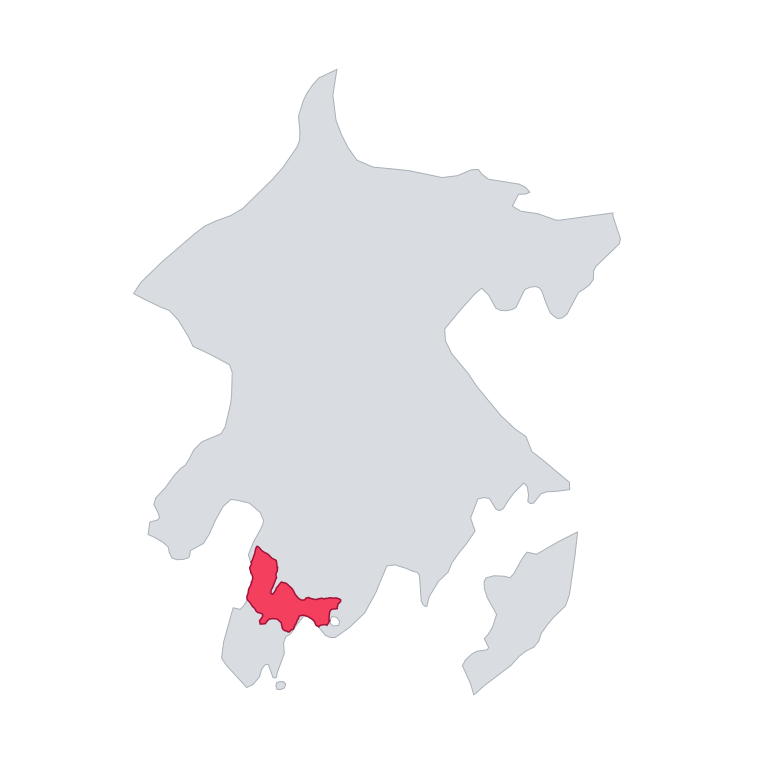 Tovuz District, Tovuz, Azerbaijan shown in context, rotated 265°
{"feature_id": "54616110B84187356839814", "entity_name": "Tovuz District", "entity_type": "district", "adm_level": 2, "iso_a3": "AZE", "parent_name": "Azerbaijan", "parent_adm1": "Tovuz", "projection": "natural_earth1", "projection_center": [45.767, 40.907], "detail": "fine", "context": "in_parent", "style": "filled", "palette": "rose", "viewbox_px": 768, "rotation_deg": 265, "n_neighbors": 0, "source": "geoboundaries", "source_scale": "gbopen_adm2", "svg_char_len": 5821}
<svg xmlns="http://www.w3.org/2000/svg" viewBox="0 0 768 768"><g transform="rotate(265 384 384)"><path d="M534.5,627.0L531.3,626.7L507.9,632.2L503.0,630.5L482.8,605.5L478.6,602.7L469.9,601.6L464.9,597.5L460.7,590.8L458.3,585.8L437.5,572.3L434.4,567.4L433.9,563.0L436.9,559.1L440.4,555.8L450.5,552.4L462.3,549.5L466.0,547.4L467.9,543.8L467.7,538.1L465.8,532.4L448.7,522.1L446.9,517.6L446.3,512.2L447.2,506.5L449.8,502.0L463.5,496.0L470.9,489.7L466.2,482.7L451.2,466.7L433.4,449.2L421.6,449.0L408.1,454.2L386.5,469.2L374.5,475.6L358.9,486.2L341.9,498.0L327.9,510.5L319.2,520.9L303.7,525.4L295.9,534.1L269.9,560.1L262.6,559.8L262.1,546.9L262.4,536.6L260.8,530.7L252.3,522.6L252.2,519.2L254.5,517.0L260.9,518.3L269.2,517.8L273.2,514.7L264.3,504.0L256.3,496.9L249.6,492.1L248.1,489.2L248.1,487.2L249.5,484.7L261.0,478.9L262.1,473.5L261.3,467.5L243.1,458.6L229.5,461.9L217.3,451.9L209.5,444.2L199.7,436.0L191.0,431.5L182.6,421.1L168.1,410.4L158.8,407.4L158.9,405.8L160.6,403.8L164.5,402.2L190.4,402.6L193.5,400.7L195.1,396.1L198.7,389.3L202.8,379.3L202.5,371.0L176.5,357.4L157.7,344.9L144.6,328.5L135.8,313.5L136.1,308.5L138.7,303.7L158.8,289.9L160.2,286.3L159.7,283.9L152.6,276.8L143.5,269.5L140.7,264.2L135.0,261.4L124.3,261.2L105.4,252.3L101.3,251.4L100.5,249.6L101.4,247.8L114.9,244.2L114.7,241.2L110.6,237.3L103.0,234.4L96.0,227.3L93.6,220.8L118.0,202.1L125.2,198.3L141.1,201.8L174.2,214.2L172.0,221.1L175.3,225.0L182.9,230.3L197.5,235.6L209.9,238.4L216.1,236.0L225.6,234.0L238.0,240.2L249.4,248.0L255.1,251.2L258.1,252.2L266.7,249.6L277.1,239.5L281.1,227.3L282.3,221.4L276.2,213.3L263.7,204.6L249.7,196.9L240.8,190.1L235.0,176.7L229.2,175.2L227.8,173.5L226.8,168.9L227.0,162.5L229.0,157.6L234.6,155.5L240.4,154.8L245.5,150.1L251.9,140.9L254.6,135.8L266.8,138.7L268.4,146.9L270.6,148.7L275.6,147.7L284.0,144.2L290.6,146.9L299.3,156.7L311.2,167.0L317.6,174.0L320.2,178.8L326.3,183.4L335.1,188.9L342.3,197.5L348.7,217.4L355.1,222.0L378.0,229.6L386.1,231.2L408.6,233.8L416.5,231.9L427.9,214.7L438.2,197.0L447.9,193.4L465.4,184.8L475.8,176.7L480.2,168.0L489.9,151.6L495.9,142.4L506.4,150.6L524.5,172.8L550.6,209.1L557.0,219.3L561.2,231.2L565.0,245.6L571.0,258.4L597.4,290.5L608.8,302.4L627.4,317.8L634.0,321.2L642.6,322.2L658.3,322.2L673.0,328.2L680.2,332.4L687.7,338.6L694.5,345.6L701.5,364.5L676.1,358.2L650.7,359.2L636.4,363.3L622.5,368.8L609.3,376.6L601.1,391.8L594.5,427.0L584.6,459.9L585.1,475.2L589.8,489.8L589.4,496.7L584.7,499.7L578.9,505.9L571.3,536.2L567.5,542.2L562.4,546.0L561.0,542.4L561.2,534.5L550.0,527.4L544.2,535.3L540.3,552.0L532.3,569.5L531.9,572.8L534.5,627.0ZM155.7,316.6L156.9,311.9L153.7,309.8L150.3,309.7L147.4,312.1L147.4,317.9L151.4,319.0L155.7,316.6ZM72.0,453.9L68.2,449.1L66.5,446.4L77.8,444.1L96.5,437.6L101.6,440.8L107.0,447.4L109.7,453.0L110.2,463.6L112.4,465.3L121.5,461.7L125.6,466.0L132.6,471.1L144.7,476.1L162.3,468.2L171.0,466.2L178.2,466.4L182.0,468.8L183.4,477.0L182.0,487.1L180.0,492.6L183.6,496.7L198.0,506.4L204.0,511.8L201.1,521.2L211.8,544.0L215.4,553.0L219.7,563.9L197.7,559.6L158.1,550.4L147.3,545.6L137.0,532.9L130.9,526.7L121.8,518.8L114.4,515.8L108.8,510.3L105.6,502.2L100.9,494.8L92.8,486.2L74.4,457.0L72.0,453.9ZM96.0,258.3L93.6,259.9L89.9,258.3L88.7,254.7L89.0,250.9L92.7,250.0L95.8,251.1L96.6,254.5L96.0,258.3Z" fill="#d9dde1" stroke="#a8b0b8" stroke-width="1"/><path d="M218.4,236.2L217.2,236.4L216.0,236.3L214.6,235.3L212.7,234.2L211.3,234.3L209.2,234.8L207.5,234.9L205.4,235.9L203.1,236.4L201.6,236.2L199.4,235.5L198.0,234.4L197.4,234.8L195.4,233.7L194.4,233.2L192.9,232.2L191.6,231.4L189.7,230.8L188.2,230.6L186.6,230.0L184.8,229.1L183.1,228.8L182.8,228.8L181.7,228.8L180.9,229.1L179.6,230.2L178.2,231.2L175.8,232.6L173.8,233.6L171.8,235.5L168.9,236.8L167.5,238.2L167.0,239.4L166.3,241.3L165.2,243.0L163.4,242.9L161.9,241.9L158.9,239.3L155.6,239.8L155.5,242.7L155.6,244.9L158.1,247.0L159.8,249.3L159.9,251.5L159.9,252.7L159.8,254.0L159.3,256.5L158.6,257.6L156.2,259.8L155.1,260.8L152.9,261.0L150.6,261.3L149.1,261.6L148.0,262.3L146.9,263.7L146.3,265.6L145.3,266.9L145.3,267.9L145.3,268.1L146.8,269.8L147.4,270.5L147.4,271.9L148.5,272.9L150.5,273.6L152.1,274.7L154.0,276.0L156.7,277.2L157.4,278.3L159.2,278.9L160.4,279.5L160.5,280.9L160.7,284.2L159.5,286.1L159.3,287.5L158.6,288.3L158.0,289.1L157.0,290.4L156.3,291.5L155.4,292.4L154.3,293.4L153.4,294.1L151.9,294.5L150.0,295.1L149.0,296.0L148.1,297.6L147.8,297.9L148.0,298.0L148.9,299.2L149.4,300.8L149.4,302.7L149.4,304.2L149.2,305.7L148.6,306.1L150.4,307.6L153.1,309.3L153.2,308.6L154.9,308.8L156.6,309.0L157.6,309.1L159.2,309.5L160.6,309.7L162.1,310.2L162.9,310.9L164.0,312.0L164.3,313.3L164.2,315.7L164.3,317.8L166.1,318.1L167.8,318.8L168.9,319.0L169.6,320.0L170.1,320.8L170.9,321.6L171.8,322.0L173.0,321.9L173.9,320.5L174.3,319.4L174.9,318.6L175.0,317.0L175.1,315.8L175.2,313.7L175.7,312.5L175.7,311.1L175.6,309.9L175.3,308.9L175.6,307.7L175.1,305.9L175.6,304.6L176.0,303.0L175.9,301.5L175.7,300.4L175.3,297.6L175.5,295.5L176.1,294.4L176.6,293.0L176.8,291.7L178.0,290.5L177.7,289.9L177.7,287.8L175.8,286.1L175.8,285.2L175.9,283.1L177.2,281.0L178.7,279.6L182.0,277.3L186.8,275.4L188.9,274.0L190.8,272.2L192.5,270.7L194.0,269.2L194.6,267.5L195.0,266.2L195.4,265.1L195.6,265.0L195.4,264.0L193.7,262.5L192.1,261.0L190.4,259.2L188.2,258.1L186.0,256.6L184.3,254.7L185.3,253.0L186.8,253.3L188.2,253.4L190.1,254.7L191.9,255.8L194.1,256.8L195.7,257.6L197.1,258.3L199.0,259.1L200.2,260.1L203.8,259.6L206.3,260.9L207.1,261.5L209.0,261.7L210.5,262.0L210.4,261.5L212.8,261.5L214.8,261.5L217.5,261.3L218.4,260.3L219.2,258.7L220.5,256.9L223.8,254.3L225.3,252.6L226.2,250.9L227.7,248.9L229.3,247.2L230.9,246.2L232.7,244.7L233.4,243.4L233.3,243.2L231.8,242.2L230.4,241.7L228.7,241.1L227.2,240.7L225.5,240.1L224.2,239.3L222.4,238.6L220.4,237.7L218.4,236.5L218.4,236.2Z" fill="#f43f5e" stroke="#9f1239" stroke-width="1.5"/></g></svg>